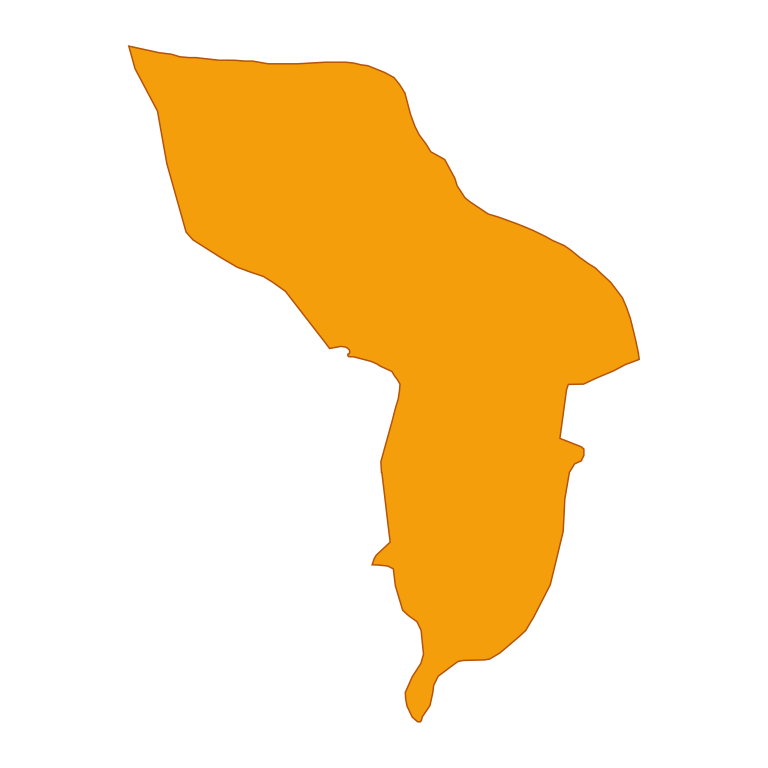 outline of Ghamr, Sa`dah, Yemen
{"feature_id": "15242507B39304781263457", "entity_name": "Ghamr", "entity_type": "district", "adm_level": 2, "iso_a3": "YEM", "parent_name": "Yemen", "parent_adm1": "Sa`dah", "projection": "natural_earth1", "projection_center": [43.319, 16.975], "detail": "fine", "context": "isolated", "style": "filled", "palette": "amber", "viewbox_px": 768, "rotation_deg": 0, "n_neighbors": 0, "source": "geoboundaries", "source_scale": "gbopen_adm2", "svg_char_len": 2460}
<svg xmlns="http://www.w3.org/2000/svg" viewBox="0 0 768 768"><path d="M128.8,46.1L135.0,68.6L157.5,111.1L164.0,147.8L166.9,163.8L186.1,232.1L188.5,234.8L191.4,238.2L191.8,238.5L193.0,239.9L218.6,256.2L221.2,257.8L234.3,265.5L237.2,267.2L249.6,271.8L263.3,276.4L272.8,282.3L285.4,291.3L294.1,302.5L323.0,339.8L324.5,341.7L329.6,348.5L340.8,346.4L345.8,347.1L347.4,348.1L349.4,349.9L349.8,352.0L349.1,353.7L348.0,354.0L347.8,355.3L348.4,356.5L350.3,356.8L353.6,356.8L371.1,361.4L376.9,363.9L380.2,366.1L391.8,371.4L394.7,376.1L397.5,379.8L400.0,384.2L399.5,390.5L398.2,399.1L396.4,404.9L395.5,407.9L393.5,415.6L392.8,418.6L380.9,461.6L381.3,469.4L381.5,472.6L381.9,472.7L385.0,498.8L386.7,513.4L388.8,531.0L389.9,539.8L390.0,541.0L390.2,542.1L376.4,555.0L374.3,558.4L372.1,564.8L378.0,565.0L387.6,566.0L393.3,568.8L395.4,585.9L402.7,610.3L408.9,615.9L417.0,621.7L421.1,630.3L423.5,654.2L420.9,663.4L412.3,676.6L405.3,692.4L405.6,698.4L407.0,706.1L412.3,717.2L417.5,721.7L420.1,721.9L421.3,720.7L422.4,716.7L430.0,705.5L432.8,692.6L433.7,685.3L438.2,676.2L450.3,667.1L458.1,661.4L463.7,660.4L484.5,659.9L489.7,659.0L490.2,658.7L499.8,653.0L518.8,636.9L525.8,630.4L530.7,622.0L533.2,618.0L534.0,616.5L541.6,601.7L550.2,584.9L550.4,584.2L556.3,560.0L560.5,542.5L562.6,534.0L563.2,531.2L564.1,513.8L564.8,499.1L569.4,472.4L574.6,463.9L581.3,460.8L583.9,455.3L583.9,449.1L581.3,446.8L579.2,446.0L559.9,438.4L566.5,390.0L566.6,389.6L568.3,384.4L583.6,384.1L595.9,378.3L602.7,375.4L613.2,371.0L618.8,368.1L625.7,364.4L630.8,362.6L639.2,359.4L639.0,358.0L638.4,353.1L635.9,341.2L631.9,324.6L630.3,318.2L626.4,307.1L622.4,297.8L610.8,282.4L603.5,275.7L601.5,273.9L595.3,267.9L588.3,263.6L586.8,262.5L579.9,257.6L570.6,250.0L564.4,245.7L553.8,241.0L552.8,240.6L545.1,236.3L532.8,230.3L526.6,227.7L518.2,224.3L508.7,220.8L499.7,217.5L499.1,217.3L488.2,214.0L470.4,202.1L468.1,200.3L467.1,199.5L465.0,197.8L457.2,185.9L454.8,178.2L444.7,159.5L430.8,151.8L428.4,147.8L426.1,144.1L419.1,134.7L415.4,127.3L414.9,126.3L414.5,125.2L410.5,114.3L404.9,93.0L403.5,90.9L402.3,88.8L399.5,84.4L394.0,77.6L384.7,72.5L367.8,65.7L360.9,64.8L354.0,63.1L347.5,62.4L345.5,62.2L332.5,62.2L325.6,62.2L308.0,63.2L297.2,63.8L288.8,63.8L278.0,63.8L268.1,63.8L252.7,61.1L245.1,61.1L235.1,60.3L225.9,60.2L219.0,60.2L200.9,58.2L196.0,57.6L189.1,57.6L184.7,57.2L179.8,56.8L171.4,54.2L158.4,52.6L157.5,52.4L156.8,52.2L143.5,49.3L128.8,46.1Z" fill="#f59e0b" stroke="#b45309" stroke-width="1.5"/></svg>